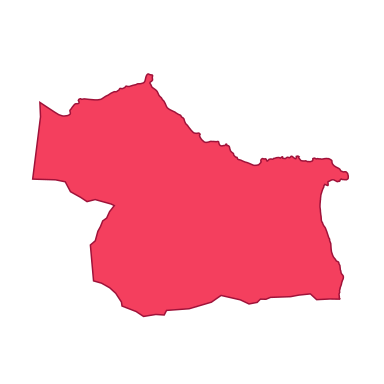 outline of Anse Chastanet, Soufrière, Saint Lucia, rotated 174°
{"feature_id": "8701671B43516735791505", "entity_name": "Anse Chastanet", "entity_type": "district", "adm_level": 2, "iso_a3": "LCA", "parent_name": "Saint Lucia", "parent_adm1": "Soufrière", "projection": "mercator", "projection_center": [-61.072, 13.864], "detail": "fine", "context": "isolated", "style": "filled", "palette": "rose", "viewbox_px": 384, "rotation_deg": 174, "n_neighbors": 0, "source": "geoboundaries", "source_scale": "gbopen_adm2", "svg_char_len": 5902}
<svg xmlns="http://www.w3.org/2000/svg" viewBox="0 0 384 384"><g transform="rotate(174 192 192)"><path d="M273.5,85.9L260.1,79.0L253.2,73.3L240.8,74.0L232.5,72.6L229.7,76.9L207.0,76.2L184.2,80.4L173.9,86.1L155.2,79.7L147.0,74.7L138.7,75.4L135.2,78.3L129.7,77.6L124.9,79.0L104.9,77.6L96.6,78.3L84.9,78.3L79.3,71.9L66.2,71.2L56.4,70.0L56.1,70.6L56.6,71.3L56.4,72.7L56.5,74.7L56.1,76.0L55.6,76.7L55.6,78.6L55.2,79.4L55.2,79.9L54.8,80.3L54.8,81.0L53.2,84.2L52.5,86.4L51.6,88.4L50.8,89.7L50.4,91.0L50.3,92.0L50.5,93.0L51.4,94.4L51.9,95.2L52.2,96.2L52.3,98.1L52.6,99.0L52.6,103.5L53.3,105.1L53.4,106.3L53.7,107.1L55.7,108.4L56.5,110.2L57.0,110.8L58.1,112.6L58.7,114.3L59.5,117.8L59.6,120.8L59.4,126.3L60.2,129.2L60.1,130.7L60.8,132.4L62.1,138.5L63.1,142.2L63.8,143.6L64.5,144.7L65.1,146.2L65.5,148.0L65.9,148.6L66.3,150.1L66.2,153.7L66.2,154.7L66.3,155.7L66.3,159.6L66.2,160.5L66.3,163.6L66.2,164.6L65.9,166.8L65.4,169.2L65.4,169.7L65.0,171.0L64.9,172.0L64.1,175.7L63.4,177.3L62.4,179.7L61.7,181.1L61.4,181.7L60.9,182.4L60.5,183.0L60.3,183.7L60.2,184.4L59.1,185.7L56.6,184.3L56.2,184.3L55.9,184.6L55.8,185.5L55.8,187.7L55.6,188.0L55.3,188.2L54.9,188.2L51.9,189.4L51.2,189.5L49.8,189.3L46.5,187.1L45.9,187.1L45.5,187.3L44.9,187.4L44.7,187.2L44.1,187.3L43.2,188.7L42.5,189.2L42.2,189.3L41.3,188.7L40.8,188.7L38.5,188.2L37.8,188.2L37.4,188.0L36.5,188.3L35.7,188.7L35.2,189.4L34.9,191.5L35.3,194.2L36.2,195.4L36.8,196.0L38.0,196.2L39.2,196.1L41.5,197.2L41.9,197.7L42.6,199.2L43.5,200.1L46.3,201.9L47.8,203.1L48.6,204.1L49.3,205.2L49.7,206.8L49.6,208.4L50.0,209.1L51.7,210.4L52.7,210.9L54.0,211.1L54.8,211.3L57.2,211.3L57.7,211.2L59.6,211.1L60.8,211.5L62.5,211.7L63.5,212.1L64.8,211.9L65.7,212.3L66.3,212.8L67.1,212.9L68.3,212.6L68.5,211.1L69.3,210.2L70.3,210.0L71.4,209.8L72.9,210.1L73.9,210.1L75.6,211.1L77.1,211.1L78.6,211.3L80.4,211.9L81.1,212.9L81.9,214.3L82.4,215.2L82.2,215.7L81.9,215.9L82.6,216.5L83.1,216.7L83.7,216.5L84.2,216.6L84.6,216.5L84.7,215.2L85.3,214.3L85.8,214.4L86.3,214.6L88.6,216.9L89.6,217.2L91.2,215.9L91.8,216.0L93.0,216.5L93.6,216.6L94.5,216.2L95.6,215.5L96.5,215.6L97.5,215.9L98.2,216.1L98.6,216.9L98.2,217.1L98.2,217.3L98.3,217.5L98.6,217.6L99.8,217.0L100.4,216.5L100.9,216.6L101.6,217.1L102.5,217.3L104.4,217.3L106.5,216.8L107.1,216.9L107.5,216.6L108.3,216.2L108.7,216.2L110.0,216.6L110.9,216.6L111.4,216.5L112.0,216.4L112.2,216.1L112.7,215.8L113.4,215.1L113.7,214.9L113.9,214.9L114.2,215.0L114.7,216.3L114.8,216.6L115.0,216.9L115.2,217.3L116.4,217.3L116.9,217.4L117.2,217.4L118.0,217.8L118.6,217.9L119.6,217.3L120.2,216.5L120.3,215.3L120.1,215.1L120.1,214.9L120.5,214.1L120.7,213.9L122.7,212.2L123.0,212.1L123.3,212.0L123.7,211.9L124.2,212.0L125.1,211.8L126.0,211.9L126.7,211.9L127.8,212.1L128.6,212.5L132.7,214.8L134.1,215.5L136.2,216.3L138.9,217.8L139.8,218.4L141.4,219.1L142.2,219.3L142.6,219.6L143.0,219.9L143.4,220.7L143.5,221.5L143.7,221.8L143.9,221.9L144.6,222.0L145.0,222.2L146.4,223.9L146.6,224.5L146.8,226.0L148.2,227.3L148.9,228.1L149.4,228.9L149.7,230.3L149.9,231.1L149.9,231.7L150.1,232.9L150.2,233.3L150.7,234.0L151.2,234.3L151.8,234.5L152.3,234.5L152.5,235.1L152.5,235.8L152.7,236.0L153.1,236.1L153.4,235.8L154.3,234.9L154.6,234.8L154.8,234.8L155.4,234.9L155.7,234.8L156.0,234.9L157.2,234.7L158.1,234.8L158.8,235.1L159.1,235.3L159.3,235.6L159.8,236.4L160.0,237.1L160.2,238.0L160.2,238.4L160.3,239.1L160.7,239.5L161.1,239.6L162.5,239.5L165.8,240.1L166.5,240.1L167.8,240.4L168.5,240.4L170.1,240.0L172.1,239.8L172.8,239.9L173.2,239.9L174.3,240.3L174.7,240.6L176.7,242.8L177.4,243.9L178.2,245.6L178.5,246.5L178.4,246.8L178.6,247.4L178.6,247.8L177.9,248.6L178.0,248.8L178.6,249.6L179.0,249.8L179.7,250.0L180.8,249.8L182.6,250.1L183.5,250.4L184.0,250.7L184.4,251.0L185.0,251.7L185.7,252.6L186.4,253.5L188.3,256.5L189.3,258.3L190.0,259.3L190.4,259.8L190.7,260.0L191.0,260.5L191.3,261.1L191.7,262.3L191.9,262.8L192.4,265.6L193.2,266.7L194.3,267.5L194.6,267.8L195.2,269.3L195.8,269.8L196.3,270.1L196.7,270.2L197.6,270.8L199.6,272.3L200.3,273.0L200.7,273.3L203.2,274.8L205.5,276.3L206.8,277.3L207.2,277.8L207.6,278.1L207.9,278.5L208.6,280.1L208.8,280.8L209.3,282.5L210.0,284.3L210.4,285.2L210.6,285.6L211.3,286.4L211.8,287.1L212.6,288.9L213.8,290.2L214.7,291.5L214.9,292.0L215.6,294.2L216.1,295.5L216.7,296.5L217.6,297.5L218.7,298.5L219.6,299.3L220.6,300.2L221.0,300.8L221.8,303.3L222.5,304.5L222.5,304.8L222.1,305.6L220.6,306.4L219.6,307.4L219.5,307.6L219.5,307.9L219.5,310.5L219.1,311.3L219.0,311.9L219.2,312.4L219.4,312.5L221.6,313.1L222.1,313.4L222.7,313.8L223.0,313.9L223.4,314.0L224.0,313.7L224.4,313.4L225.0,312.7L225.8,311.2L226.7,308.6L227.1,307.5L227.4,307.0L227.7,306.6L228.1,306.1L228.4,305.9L229.3,305.5L231.1,305.2L231.8,305.1L232.6,305.1L234.8,305.3L235.4,305.1L236.3,304.7L236.8,304.6L239.5,304.3L242.4,303.7L243.1,303.5L244.3,303.6L244.9,303.7L245.6,303.9L246.1,304.1L246.4,304.2L246.6,304.1L247.0,303.9L247.4,303.4L248.0,302.9L249.9,302.2L250.5,302.1L251.2,302.2L252.2,302.5L252.8,302.5L253.3,302.1L253.7,301.4L254.4,300.8L255.0,300.6L256.5,299.7L257.8,299.7L258.8,299.9L260.0,299.5L262.3,298.7L265.3,297.1L266.0,296.9L267.9,296.2L272.1,294.0L272.9,293.7L274.2,293.6L276.2,293.5L279.1,293.8L285.4,295.0L289.5,295.9L291.8,295.7L292.0,295.7L293.0,296.4L293.6,296.4L294.9,295.9L295.5,294.9L294.9,293.4L294.9,293.0L295.1,292.5L295.3,292.1L296.1,291.8L297.1,291.8L297.8,291.9L298.5,291.9L299.5,291.5L300.3,290.8L302.3,288.8L303.6,287.2L304.4,286.5L304.9,285.9L304.9,284.8L304.7,283.6L304.8,282.6L305.4,281.9L306.7,281.3L307.8,281.0L311.2,280.9L312.5,281.1L313.3,281.4L316.4,282.8L320.4,285.9L328.7,292.7L333.9,297.0L334.8,282.6L349.1,221.5L344.9,220.9L326.5,218.4L317.0,215.4L312.8,205.0L303.3,198.3L297.4,193.4L289.1,194.6L273.7,188.5L270.7,186.6L276.0,181.1L279.6,175.0L283.8,172.6L286.7,167.1L289.7,162.8L293.3,153.6L298.6,149.9L299.2,113.9L291.5,110.8L283.8,105.3L278.4,99.2L273.7,90.0L273.5,85.9Z" fill="#f43f5e" stroke="#9f1239" stroke-width="1.5"/></g></svg>